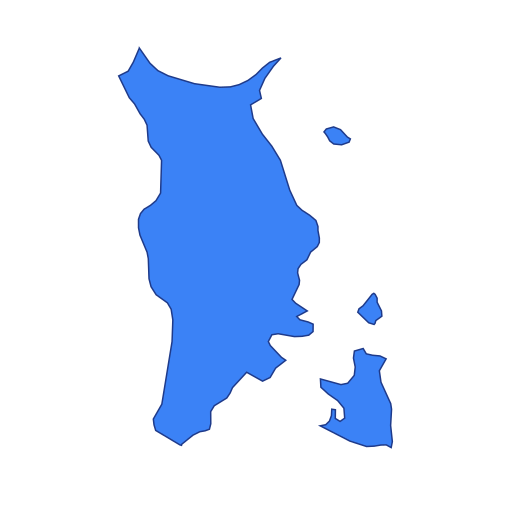 the border of Kagawa, rotated 100°
{"feature_id": "JPN-1833", "entity_name": "Kagawa", "entity_type": "Prefecture", "adm_level": 1, "iso_a3": "JPN", "parent_name": "Japan", "parent_adm1": "", "projection": "equal_earth", "projection_center": [134.035, 34.276], "detail": "fine", "context": "isolated", "style": "filled", "palette": "blue", "viewbox_px": 512, "rotation_deg": 100, "n_neighbors": 0, "source": "natural_earth", "source_scale": "10m", "svg_char_len": 2270}
<svg xmlns="http://www.w3.org/2000/svg" viewBox="0 0 512 512"><g transform="rotate(100 256 256)"><path d="M71.5,407.0L84.6,393.9L90.5,384.8L93.8,373.8L97.0,346.5L96.1,320.9L93.9,310.6L90.2,302.4L84.5,294.4L77.2,287.4L69.8,282.3L62.9,276.2L56.6,265.8L66.1,271.8L79.5,278.1L92.3,281.3L99.9,278.1L108.1,287.6L121.1,282.7L134.9,270.9L145.1,259.5L157.5,248.6L185.3,234.2L199.1,224.6L203.0,218.6L206.5,210.3L210.6,203.2L216.2,200.1L220.2,199.4L227.4,196.7L231.7,196.0L236.1,197.3L242.7,202.9L250.9,205.2L256.4,210.3L261.2,212.4L265.4,212.1L272.4,208.9L276.6,208.6L292.5,213.0L295.6,208.8L301.2,196.0L308.5,205.4L311.2,201.7L311.9,193.2L313.2,187.9L320.5,186.7L324.8,190.3L327.1,196.7L328.7,204.2L328.7,220.7L330.8,226.7L338.1,229.0L341.7,226.4L351.4,213.3L353.5,208.6L363.0,217.2L373.2,221.0L378.1,227.8L372.1,245.0L389.7,256.3L395.4,257.7L400.9,260.1L410.7,271.1L417.1,273.6L429.1,271.4L434.7,271.8L437.0,275.8L438.8,280.8L443.3,286.9L454.2,296.4L455.4,296.5L455.2,298.2L445.2,324.5L440.0,327.1L434.4,328.8L418.3,323.0L354.9,323.8L333.4,326.8L323.2,330.3L317.5,335.1L311.5,347.6L304.5,354.0L297.0,357.4L277.3,361.6L271.2,363.9L255.6,373.9L248.6,376.6L240.2,378.1L234.2,377.1L229.3,374.3L224.4,368.7L218.9,364.1L210.6,360.9L178.2,365.6L173.7,369.0L167.2,378.1L161.5,382.1L146.1,386.0L140.7,389.8L136.1,394.8L127.3,402.0L122.1,408.3L102.5,422.5L96.2,414.0L86.5,410.5L71.6,407.0L71.5,407.0ZM421.2,89.6L419.4,94.9L420.5,100.3L422.7,106.5L424.4,114.0L422.0,131.3L412.1,163.3L410.0,158.0L405.8,155.0L400.1,154.0L393.7,154.8L393.6,151.1L402.2,149.7L404.3,144.5L400.3,140.5L390.6,143.0L384.2,150.5L379.4,160.8L374.0,169.3L365.9,171.2L367.9,150.0L365.4,143.6L356.5,138.5L348.1,139.0L339.6,142.3L332.5,142.6L328.5,134.4L333.2,130.4L333.5,124.0L332.9,116.6L334.7,110.0L347.6,114.6L358.6,111.0L378.0,97.7L383.4,95.9L399.5,94.0L415.1,89.5L421.2,89.6ZM277.9,137.3L273.6,135.0L272.3,133.5L273.1,132.0L276.5,129.4L280.5,128.7L288.3,122.9L293.4,121.6L295.2,123.3L298.8,126.8L301.7,127.1L302.9,127.8L302.2,133.4L293.7,146.0L290.1,145.4L286.4,141.9L286.0,141.7L277.9,137.3ZM127.7,184.1L131.6,191.0L132.2,198.9L129.8,203.4L126.4,206.0L123.4,208.9L122.0,210.6L118.7,208.8L115.4,202.0L116.9,194.7L123.0,186.7L124.3,183.4L127.7,184.1Z" fill="#3b82f6" stroke="#1e3a8a" stroke-width="1.5"/></g></svg>